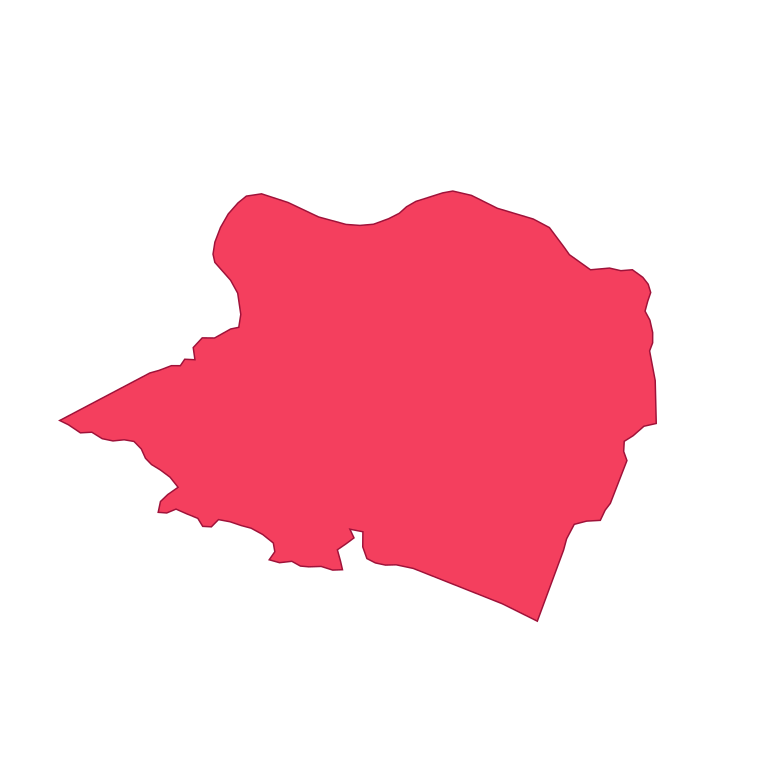 São José da Laje, Alagoas, Brazil, rotated 32°
{"feature_id": "56859067B95823452257681", "entity_name": "São José da Laje", "entity_type": "district", "adm_level": 2, "iso_a3": "BRA", "parent_name": "Brazil", "parent_adm1": "Alagoas", "projection": "albers", "projection_center": [-36.053, -8.988], "detail": "fine", "context": "isolated", "style": "filled", "palette": "rose", "viewbox_px": 768, "rotation_deg": 32, "n_neighbors": 0, "source": "geoboundaries", "source_scale": "gbopen_adm2", "svg_char_len": 1598}
<svg xmlns="http://www.w3.org/2000/svg" viewBox="0 0 768 768"><g transform="rotate(32 384 384)"><path d="M201.9,468.6L201.6,476.4L194.0,481.1L185.9,491.8L179.6,498.7L128.3,586.8L138.0,585.8L152.4,586.3L161.8,579.7L174.0,579.7L184.3,575.9L193.2,569.0L202.4,565.2L212.6,567.7L221.1,573.4L229.5,575.5L239.7,575.4L251.9,576.4L264.1,580.7L259.2,592.3L256.7,602.1L260.5,612.5L268.1,608.5L273.9,600.3L285.8,598.6L297.3,596.6L305.7,600.8L313.3,596.6L315.5,586.7L326.5,582.4L337.9,579.7L347.7,576.7L360.9,575.9L374.4,577.5L380.3,584.1L379.8,593.9L390.1,590.9L399.8,583.2L409.6,582.7L417.1,578.9L427.4,572.0L439.1,569.0L447.2,563.5L440.9,557.2L432.3,549.3L436.6,539.4L440.1,530.4L432.0,525.2L444.4,520.5L452.3,533.4L462.0,541.1L471.5,540.3L481.2,536.8L490.1,530.9L506.5,524.9L600.7,507.7L639.7,503.9L624.3,429.7L620.9,418.5L619.7,402.2L628.5,392.9L639.7,385.0L638.4,373.8L639.2,365.3L630.6,320.2L623.0,314.2L618.1,305.3L622.7,295.8L626.8,282.1L635.8,273.2L612.2,237.4L591.7,215.2L590.0,206.7L584.6,198.0L575.7,189.0L566.8,183.9L563.8,174.1L561.7,165.1L555.2,159.4L547.0,156.4L534.1,155.5L524.8,162.4L513.8,166.2L498.6,177.7L472.7,176.1L464.6,172.7L441.4,163.7L423.1,165.0L387.1,174.9L358.2,177.7L340.1,183.9L332.5,190.8L314.3,212.2L309.2,221.7L306.5,231.1L300.3,241.4L290.4,254.1L279.5,262.3L267.2,268.8L240.0,277.0L206.5,280.9L179.4,287.6L167.7,297.6L164.2,307.8L161.8,322.3L162.4,337.9L165.4,353.3L170.2,364.5L176.1,370.5L198.9,377.3L211.8,384.5L225.7,400.9L230.8,412.9L224.8,418.6L215.9,434.8L205.4,441.2L202.9,454.2L210.8,463.6L201.9,468.6Z" fill="#f43f5e" stroke="#9f1239" stroke-width="1.5"/></g></svg>